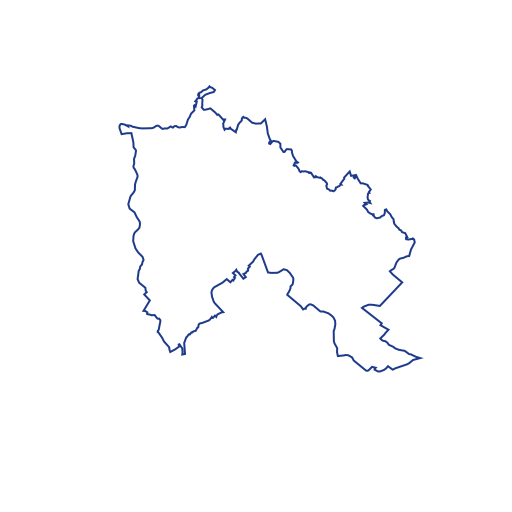 Feleacu, Cluj, Romania (Albers equal-area conic projection), rotated 44°
{"feature_id": "2599482B32360737333989", "entity_name": "Feleacu", "entity_type": "district", "adm_level": 2, "iso_a3": "ROU", "parent_name": "Romania", "parent_adm1": "Cluj", "projection": "albers", "projection_center": [23.663, 46.697], "detail": "fine", "context": "isolated", "style": "outline", "palette": "blue", "viewbox_px": 512, "rotation_deg": 44, "n_neighbors": 0, "source": "geoboundaries", "source_scale": "gbopen_adm2", "svg_char_len": 6140}
<svg xmlns="http://www.w3.org/2000/svg" viewBox="0 0 512 512"><g transform="rotate(44 256 256)"><path d="M347.5,135.9L344.4,137.4L342.7,136.8L340.7,137.5L339.4,137.0L336.5,137.2L333.1,136.7L332.0,136.2L331.6,135.5L331.0,135.4L329.4,134.0L326.5,133.7L323.5,132.7L319.4,132.7L317.3,132.0L316.7,133.3L318.8,135.6L319.7,137.7L318.7,140.2L318.6,142.0L317.0,144.5L316.4,145.1L314.8,145.7L312.8,145.3L311.6,144.3L311.0,144.8L311.4,145.0L311.4,145.4L310.7,145.2L308.5,146.1L306.0,146.4L303.7,145.6L298.3,145.5L298.3,143.8L299.1,143.1L299.5,142.1L297.4,142.1L299.8,139.4L301.4,138.5L299.9,138.1L299.7,137.3L298.4,137.7L297.0,137.4L295.5,136.3L293.2,133.2L293.3,132.2L293.7,131.8L292.7,131.3L292.6,129.5L292.3,128.4L288.0,127.9L287.9,127.6L286.8,127.4L282.4,129.5L280.8,131.0L275.4,129.7L272.4,128.5L273.1,131.6L272.6,131.7L272.4,131.2L271.6,131.4L271.0,129.2L268.7,132.3L264.7,130.1L264.9,138.4L265.8,139.0L266.6,145.3L267.8,145.4L267.2,146.0L267.4,147.8L266.7,149.1L266.6,150.1L265.9,151.3L267.0,152.8L267.1,154.2L266.7,155.7L265.3,156.2L264.0,157.5L262.5,157.4L260.3,158.2L257.8,156.6L257.3,155.0L256.3,154.4L252.7,154.1L251.0,154.6L250.1,154.3L247.8,154.8L247.8,155.3L245.3,156.7L244.2,157.9L243.9,157.0L243.6,157.0L243.7,157.9L242.3,158.7L242.4,159.0L238.3,158.0L236.9,159.0L236.9,158.4L232.5,160.9L231.5,162.2L230.0,163.3L229.9,164.6L228.4,164.7L225.7,163.6L221.8,163.2L221.4,163.4L221.0,164.5L220.2,164.7L219.1,161.8L221.1,160.2L221.2,159.6L219.3,159.9L213.1,158.3L209.9,156.5L208.9,155.5L207.4,154.9L204.0,157.6L203.8,158.4L204.2,161.3L203.5,162.1L198.2,161.0L195.5,158.3L192.7,158.4L188.6,161.1L188.3,162.1L188.5,165.5L187.3,166.0L186.6,165.1L186.5,162.7L184.9,162.4L179.4,159.7L174.0,155.4L167.6,151.3L167.4,157.3L163.8,161.0L160.6,162.8L154.3,163.1L152.6,163.7L151.2,164.9L150.3,164.7L150.1,165.6L150.4,167.1L151.3,167.9L151.7,169.0L151.6,171.3L152.0,174.0L154.3,178.3L154.5,179.1L154.3,179.2L155.5,181.0L149.5,182.0L148.1,181.6L147.9,182.3L148.2,182.9L148.2,183.5L145.8,185.4L145.7,187.0L143.1,185.9L140.4,183.5L138.9,179.3L138.1,180.0L138.4,180.8L131.1,180.3L130.4,180.4L130.1,181.4L127.1,181.1L120.7,181.5L118.2,185.6L116.9,187.1L113.7,186.8L112.9,185.0L111.7,184.0L109.0,180.8L107.4,180.0L107.2,179.5L107.5,175.3L109.6,170.8L111.7,167.4L111.2,165.1L107.3,165.5L105.8,166.4L104.7,166.3L104.9,167.9L104.6,170.5L102.9,173.7L102.7,176.5L101.9,177.8L101.9,179.4L102.6,180.5L103.2,180.5L103.1,179.5L104.1,180.4L104.3,181.2L106.0,181.3L104.7,182.8L104.4,183.7L104.9,185.3L104.7,186.0L104.9,186.9L106.2,186.2L108.7,190.4L107.0,190.3L107.0,191.0L110.5,194.1L110.4,198.9L111.6,201.6L112.3,205.2L114.7,210.0L115.3,212.7L113.3,214.5L111.7,216.8L110.0,217.7L108.3,217.9L107.1,219.4L107.0,221.4L104.6,222.1L103.7,225.8L101.5,227.9L100.6,229.4L100.0,229.7L95.6,230.0L94.4,230.8L93.8,232.0L93.2,234.8L92.3,236.4L86.0,242.8L83.3,245.1L77.3,248.8L75.4,249.3L72.8,251.3L73.7,251.7L70.2,252.7L68.1,254.0L67.2,254.7L67.0,255.6L67.6,257.5L69.1,258.9L74.7,261.7L77.7,257.6L81.0,254.2L88.8,259.4L92.5,262.9L95.7,263.2L96.6,263.7L99.5,267.8L100.8,270.9L104.0,273.9L105.6,276.8L106.7,277.5L108.7,277.8L113.5,279.6L114.9,280.4L115.9,281.5L118.0,286.3L119.4,288.7L123.2,292.9L123.9,295.6L124.1,298.9L124.4,300.5L128.2,307.5L132.2,309.7L138.2,309.0L143.3,310.9L148.2,312.0L149.3,312.7L150.8,314.1L152.5,316.7L152.7,318.4L152.5,323.2L152.9,324.6L153.9,326.6L157.3,330.6L164.1,334.3L168.9,335.3L174.9,335.4L177.8,336.9L178.7,339.5L179.9,341.3L179.9,343.0L180.3,344.5L181.4,345.9L182.0,348.2L186.9,354.9L190.5,356.4L198.5,355.7L200.8,357.6L202.5,357.9L202.3,361.3L210.5,361.7L213.2,373.6L214.7,372.4L217.0,372.0L217.8,373.3L218.6,373.1L220.8,371.6L222.0,371.2L224.1,368.9L228.3,369.5L229.4,369.0L229.9,368.3L231.7,368.6L232.5,369.3L237.2,376.6L237.6,379.0L237.4,379.3L238.5,378.7L245.2,380.0L249.2,381.4L256.2,381.9L257.2,382.1L258.5,383.3L261.0,384.6L262.7,379.4L263.6,374.5L261.9,373.4L262.2,372.7L267.1,373.7L270.0,376.2L271.4,378.1L273.0,375.8L264.8,368.5L262.3,362.9L262.6,361.8L262.1,360.4L262.4,359.6L262.2,358.6L262.9,358.2L262.6,355.7L263.4,355.1L263.2,354.4L263.5,353.4L264.6,351.7L263.6,348.3L264.0,347.5L262.3,345.0L262.6,343.2L263.7,341.8L266.8,335.2L267.0,333.6L266.6,330.6L267.6,330.9L268.0,330.5L267.9,327.4L269.7,327.4L269.1,326.2L268.9,324.6L270.4,320.6L271.4,319.2L259.1,318.6L257.1,318.1L252.6,315.8L249.3,313.2L248.3,311.6L247.7,309.4L247.7,307.4L250.4,298.5L251.0,293.0L255.8,292.7L255.7,289.5L256.7,289.4L256.1,286.4L254.8,286.4L254.7,284.2L251.2,284.3L251.6,280.8L251.4,279.6L253.5,280.4L255.2,279.9L255.6,280.2L262.7,281.1L263.3,278.3L259.5,277.7L260.5,275.0L260.0,273.7L260.5,272.3L260.2,271.6L258.9,270.7L259.0,268.5L258.8,267.9L257.5,268.0L257.8,261.9L257.2,260.0L256.6,253.8L257.8,250.9L259.4,251.4L276.1,259.5L278.5,257.7L282.8,253.5L283.6,252.1L285.1,246.3L288.1,244.7L292.1,244.7L297.9,245.9L299.0,246.7L300.5,248.6L301.9,250.7L302.1,251.7L301.9,253.7L303.4,255.6L304.6,258.9L304.8,260.5L305.4,262.2L323.0,261.0L327.0,261.7L327.5,260.0L328.4,259.4L327.7,258.4L327.5,257.2L327.9,254.1L328.7,252.9L331.4,251.8L340.6,251.2L341.5,250.7L342.9,249.2L348.0,246.9L351.8,246.4L354.4,246.4L357.8,247.6L360.5,250.0L363.3,254.2L364.0,256.0L371.2,263.2L373.1,264.3L378.4,265.9L381.1,268.9L384.4,271.1L388.5,266.2L389.0,265.2L391.3,263.3L395.6,262.2L398.9,263.3L414.6,262.0L415.8,261.3L416.4,260.2L416.5,255.1L419.7,253.3L419.7,254.7L420.2,255.4L423.9,254.3L425.0,253.4L425.8,252.2L427.2,249.0L427.7,246.3L427.5,243.6L433.3,242.8L434.3,239.9L439.9,229.0L440.6,227.0L441.2,221.7L445.0,215.4L441.1,217.4L435.9,219.1L434.3,220.2L428.9,220.9L424.0,224.2L420.2,225.8L417.7,226.0L413.3,227.6L410.7,227.1L408.1,227.5L406.3,228.7L404.9,229.1L402.7,229.0L402.9,223.1L402.6,221.6L402.5,217.0L393.6,219.3L393.2,217.1L368.3,219.7L368.6,217.8L370.6,213.4L371.5,212.1L374.2,209.8L379.8,205.9L379.5,173.4L367.3,174.3L362.9,174.0L363.1,172.2L363.8,170.1L363.8,168.4L361.5,162.9L361.1,159.3L361.5,157.7L363.4,154.8L364.6,151.6L366.2,149.6L363.1,143.9L360.7,135.9L358.3,134.3L357.3,134.8L357.2,134.4L356.6,134.4L356.1,135.7L354.1,138.4L352.6,139.4L352.4,139.1L352.1,139.4L351.1,138.5L351.8,137.4L347.5,135.9Z" fill="none" stroke="#1e3a8a" stroke-width="2"/></g></svg>